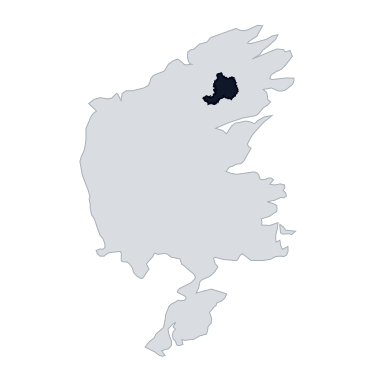 location of Kanturk Lea-4, Cork, Ireland, rotated 176°
{"feature_id": "5873133B26556088806881", "entity_name": "Kanturk Lea-4", "entity_type": "district", "adm_level": 2, "iso_a3": "IRL", "parent_name": "Ireland", "parent_adm1": "Cork", "projection": "orthographic", "projection_center": [-8.958, 52.204], "detail": "fine", "context": "in_parent", "style": "filled", "palette": "ink", "viewbox_px": 384, "rotation_deg": 176, "n_neighbors": 0, "source": "geoboundaries", "source_scale": "gbopen_adm2", "svg_char_len": 8500}
<svg xmlns="http://www.w3.org/2000/svg" viewBox="0 0 384 384"><g transform="rotate(176 192 192)"><path d="M237.8,52.9L230.4,58.4L229.3,60.4L227.3,68.6L227.1,70.9L222.6,80.1L219.9,82.0L216.0,83.5L213.7,85.0L210.8,84.3L207.2,84.5L205.4,86.1L205.5,87.4L206.6,88.8L213.4,92.8L213.1,94.6L211.2,96.6L199.2,101.6L195.7,104.6L194.4,106.6L195.8,109.8L205.5,119.4L207.2,120.5L208.7,126.1L217.3,128.4L220.9,131.8L223.9,132.6L230.5,132.2L233.1,133.5L234.6,132.4L235.4,130.5L242.6,123.4L240.2,118.3L247.3,109.3L249.4,109.4L252.9,112.0L255.8,115.6L256.9,120.6L259.7,125.1L261.5,126.6L266.3,127.3L267.4,129.0L266.8,135.6L267.6,137.7L279.6,137.2L284.3,134.1L288.5,134.5L290.7,137.3L291.7,140.3L288.1,141.6L284.4,141.1L282.6,143.1L282.6,146.9L284.1,151.8L286.7,155.2L289.0,162.9L291.1,171.6L293.9,176.7L294.7,183.2L294.4,186.4L295.1,192.2L294.1,194.2L295.1,199.6L300.3,216.8L301.7,230.4L299.7,235.6L296.9,240.5L295.2,246.3L294.0,252.6L293.4,262.6L287.4,274.5L284.7,277.5L281.6,279.4L288.9,287.4L283.3,291.2L277.1,292.6L270.1,290.8L265.8,291.1L260.4,295.6L259.2,294.8L256.4,288.2L254.7,295.2L250.7,297.5L243.9,297.2L232.5,299.3L228.1,301.3L226.3,304.5L225.1,308.1L223.3,310.2L221.3,311.4L212.5,314.1L210.7,315.2L206.7,321.0L201.4,324.4L196.9,325.5L192.9,322.2L191.3,320.2L189.4,319.2L183.3,319.4L185.2,320.4L186.5,322.8L187.1,327.3L186.5,331.8L183.5,334.0L179.9,334.5L174.2,339.1L166.7,340.4L162.7,344.7L137.7,351.8L136.3,351.9L132.9,350.1L129.2,349.2L125.4,349.8L114.9,353.7L109.9,352.8L116.5,342.9L125.1,338.0L126.1,336.6L123.2,335.9L106.8,339.2L101.0,342.1L95.3,342.9L98.0,338.4L105.5,332.3L111.9,328.2L114.6,324.6L122.4,320.5L97.4,328.8L90.9,327.7L89.4,325.2L84.3,326.3L82.4,320.4L90.1,311.8L94.6,308.1L99.8,306.1L104.8,303.3L106.7,299.7L104.4,298.6L89.4,299.2L82.3,298.4L82.7,295.5L84.1,292.4L91.6,287.2L95.6,286.4L99.2,286.9L105.5,290.2L113.9,289.3L110.4,285.8L109.9,278.8L107.2,276.5L110.7,273.3L114.6,271.4L121.2,264.7L123.5,263.7L136.4,262.2L150.3,258.7L164.0,253.9L157.0,251.2L153.6,247.6L148.2,254.8L144.3,257.6L133.2,259.0L129.8,258.2L124.9,255.9L123.3,256.7L121.9,258.4L114.6,261.9L106.9,262.7L115.9,256.3L127.3,245.4L129.8,241.9L133.4,235.9L132.3,233.1L130.0,231.6L138.2,219.2L141.1,216.9L146.3,216.6L150.1,214.6L151.8,214.6L153.3,213.9L156.6,210.1L151.5,207.8L146.2,206.5L129.8,207.7L127.6,207.4L125.6,206.3L124.3,204.6L123.3,200.4L122.1,199.4L118.4,199.4L114.8,200.6L112.2,200.5L109.8,198.6L113.8,194.3L108.7,193.2L103.5,194.0L99.2,192.6L99.1,189.9L101.1,187.2L98.6,184.6L98.1,181.4L100.8,179.8L103.8,180.4L109.9,178.1L117.7,177.0L111.1,174.5L108.4,172.5L108.3,169.3L108.9,166.7L116.6,162.3L124.8,160.4L124.3,157.4L124.9,154.2L116.6,153.2L108.4,155.4L109.4,149.3L111.4,143.7L111.8,140.1L111.5,136.2L107.7,137.8L107.3,132.3L105.8,128.5L100.1,131.0L100.3,126.1L102.0,122.6L104.9,121.1L107.8,121.8L113.2,121.8L118.5,119.3L126.0,118.7L137.9,119.6L146.1,127.0L148.2,125.7L151.5,121.0L153.1,120.5L165.4,122.5L173.2,125.2L175.2,124.3L174.1,119.2L171.4,115.6L174.7,110.9L178.7,107.7L181.4,106.1L187.6,104.0L190.3,102.1L192.0,96.1L194.8,91.0L179.3,93.8L164.5,87.9L166.8,83.7L169.9,81.3L175.3,79.4L175.8,77.2L178.5,75.4L182.9,70.5L181.2,64.3L182.1,59.7L185.3,56.7L186.2,52.4L187.6,49.2L194.1,48.0L200.3,45.0L209.9,44.5L212.4,45.6L211.7,40.4L216.2,39.7L218.0,40.7L218.9,44.4L221.0,46.7L221.7,50.7L220.4,53.9L218.1,56.4L220.3,58.8L217.1,63.3L220.6,61.4L225.5,56.9L225.2,53.3L224.2,48.8L222.8,44.8L223.3,40.3L226.1,37.4L233.4,35.8L230.3,30.8L233.0,30.3L235.9,31.3L240.3,35.1L249.6,40.5L245.3,45.5L239.9,49.1L237.8,52.9ZM106.8,151.2L106.6,153.6L103.0,150.6L101.3,147.3L91.4,145.7L95.6,142.5L97.6,143.5L104.6,143.7L106.5,145.1L106.8,151.2Z" fill="#d9dde1" stroke="#a8b0b8" stroke-width="1"/><path d="M158.6,307.6L158.7,307.3L158.7,307.1L158.9,306.6L158.6,306.7L158.4,305.9L158.5,304.8L157.9,304.1L158.4,303.1L158.5,303.2L158.9,302.9L158.8,302.7L158.9,302.4L159.2,302.2L159.2,301.9L159.3,302.1L159.5,302.0L159.8,302.0L159.8,301.7L160.0,300.9L160.7,301.0L160.9,301.1L161.3,301.2L161.6,300.4L161.6,299.9L161.6,299.3L161.6,298.8L161.8,298.7L162.1,298.7L162.3,298.6L162.2,298.5L162.3,298.4L162.3,298.1L162.3,297.9L162.1,297.7L162.6,297.4L162.9,297.2L162.8,296.7L162.6,296.7L162.4,296.6L162.6,296.4L162.5,295.9L162.4,295.7L163.0,295.6L162.9,295.4L162.7,295.3L162.2,295.5L161.8,295.4L161.7,295.4L161.6,295.1L161.3,295.2L161.2,295.7L161.0,295.3L160.9,295.1L161.0,294.9L161.3,294.8L161.3,294.3L161.3,294.1L161.5,294.0L161.2,293.3L161.9,293.1L161.7,292.8L161.2,292.8L161.0,292.4L160.6,292.2L161.1,292.0L161.3,292.1L161.6,292.0L161.9,292.2L162.6,292.4L163.0,292.5L162.9,292.2L163.0,291.8L162.9,291.6L162.7,291.2L162.4,291.0L162.4,290.6L162.3,290.4L161.7,290.2L161.8,289.8L161.7,289.8L161.6,289.7L161.2,289.1L161.9,289.0L162.0,288.2L162.4,288.1L162.7,287.9L162.8,287.9L163.0,288.2L163.3,288.1L163.2,288.0L163.3,287.8L163.4,287.7L163.6,287.7L163.5,287.3L163.5,287.0L163.4,286.8L163.4,286.7L163.6,286.6L163.9,286.4L164.1,286.1L164.1,285.8L164.3,285.3L164.9,285.3L165.1,285.6L165.9,285.3L166.6,284.6L167.1,284.5L167.4,285.4L167.5,285.8L167.4,286.1L167.6,286.0L168.1,285.6L168.4,285.8L168.5,285.7L168.8,285.6L168.8,285.4L169.1,285.2L169.1,285.3L169.3,285.5L169.4,285.8L169.8,286.2L170.0,286.2L170.6,286.8L171.2,286.5L171.2,286.3L171.4,286.1L171.9,286.3L172.1,286.0L172.3,285.6L172.7,285.3L172.7,285.1L173.0,285.1L173.2,285.3L173.3,285.5L173.6,285.5L174.1,285.1L174.3,284.8L174.1,284.7L173.8,284.1L173.5,283.8L173.4,283.5L172.9,283.1L172.9,282.9L173.1,282.6L172.9,282.3L172.6,282.3L172.6,282.2L172.1,282.2L172.1,281.8L172.1,281.7L171.7,281.7L171.4,281.4L171.2,281.6L171.1,281.3L170.6,281.4L170.6,281.2L170.2,281.1L170.2,280.8L170.1,280.4L169.9,280.4L169.6,279.7L169.7,279.3L169.6,279.1L169.6,278.9L169.7,278.6L169.7,278.4L168.7,278.9L168.3,278.9L168.0,279.1L167.8,278.9L167.5,279.2L167.1,279.5L166.8,279.4L166.5,279.5L165.9,279.1L165.8,278.8L165.3,278.9L165.2,278.8L165.1,278.5L164.2,278.1L164.1,278.3L163.8,278.9L163.8,279.3L163.6,279.4L163.2,278.7L163.2,278.1L162.0,278.5L161.8,279.0L161.8,279.5L161.6,279.5L161.4,279.6L160.9,279.4L160.7,279.6L160.7,280.1L160.6,280.5L159.9,280.9L159.8,281.3L159.5,281.2L159.4,280.9L159.3,281.2L159.0,281.6L159.1,282.1L158.7,282.2L158.8,282.3L159.0,282.7L158.3,282.8L157.7,283.3L157.1,283.3L155.0,283.8L154.9,284.0L153.8,284.5L153.8,284.8L153.8,285.1L154.1,285.5L154.4,286.0L154.3,285.9L154.2,286.0L153.8,286.0L153.4,285.8L153.3,285.4L152.8,284.7L152.4,284.4L152.2,284.3L152.0,284.2L152.0,283.9L151.4,283.5L150.8,283.6L150.5,283.4L150.1,283.4L149.8,283.1L149.5,282.7L149.3,282.8L148.2,282.7L147.9,282.7L147.4,282.6L147.0,282.2L146.3,281.8L146.2,281.7L146.1,281.9L146.1,282.4L146.0,282.6L145.5,282.8L145.2,283.0L145.0,283.6L144.9,283.7L144.2,283.8L144.3,284.2L144.2,284.4L143.3,284.7L142.7,284.7L142.5,284.8L142.3,285.0L142.2,285.0L142.2,285.4L142.1,285.5L142.4,286.2L142.2,286.7L142.1,286.9L141.7,286.8L140.5,287.1L140.4,287.4L140.6,288.1L140.5,288.3L139.2,289.1L139.4,289.5L139.2,290.7L139.2,291.0L139.4,291.5L139.6,291.9L139.6,292.1L139.7,292.3L139.6,292.5L139.8,292.6L140.0,292.7L140.3,293.1L140.3,293.5L140.5,293.7L140.5,293.8L140.4,293.9L140.5,294.1L140.5,294.3L140.4,294.5L140.5,294.5L140.4,294.7L140.5,294.7L140.5,294.8L140.6,295.0L140.7,295.3L141.3,295.6L141.2,295.8L141.1,296.2L141.2,296.3L141.3,296.5L141.2,296.8L141.2,297.1L141.1,297.3L140.9,297.5L141.1,297.5L140.9,297.6L141.0,297.7L140.9,297.8L141.0,297.9L140.9,298.0L141.1,298.3L141.0,298.5L141.2,298.8L141.3,298.9L141.3,299.0L141.3,299.3L141.6,299.4L141.5,299.6L141.5,299.8L141.4,299.9L141.5,300.0L141.5,300.3L141.7,300.5L141.8,300.4L141.9,300.8L142.0,301.0L142.3,301.1L142.2,301.2L142.4,301.2L142.4,301.5L142.5,301.5L142.4,301.6L142.3,301.8L142.3,302.0L142.5,302.2L142.5,302.3L142.5,302.5L142.8,302.8L142.6,303.0L143.0,303.1L143.1,303.3L143.4,303.5L143.5,303.5L143.4,303.4L143.5,303.2L143.7,303.4L143.9,303.3L143.9,303.5L144.0,303.5L144.0,303.4L144.3,303.2L144.3,303.3L144.5,303.2L144.6,303.3L144.7,303.5L144.9,303.2L145.3,303.3L145.7,303.1L146.0,303.2L146.1,302.9L146.2,303.0L146.4,302.9L146.6,303.1L146.8,302.8L147.4,302.6L147.6,302.3L148.2,302.2L148.4,302.4L148.8,302.5L149.0,302.7L149.2,303.0L149.3,303.2L149.5,303.5L149.6,303.4L150.2,303.3L150.3,303.4L150.6,303.5L150.8,303.6L150.7,303.7L151.0,303.7L151.4,303.5L151.7,303.7L152.0,304.0L151.7,304.2L151.6,304.4L151.9,305.1L152.3,305.3L152.9,305.3L153.3,305.6L153.5,305.6L153.9,306.3L153.9,307.5L154.1,308.1L154.4,308.6L155.0,308.3L155.5,308.5L156.1,308.0L157.2,308.0L157.1,307.6L157.8,307.2L157.9,307.9L158.6,307.6Z" fill="#0f172a" stroke="#020617" stroke-width="1.5"/></g></svg>